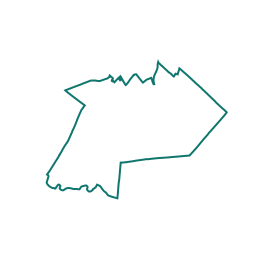 Branistea, Dâmbovita, Romania, rotated 156°
{"feature_id": "2599482B85968573592334", "entity_name": "Branistea", "entity_type": "district", "adm_level": 2, "iso_a3": "ROU", "parent_name": "Romania", "parent_adm1": "Dâmbovita", "projection": "albers", "projection_center": [25.57, 44.682], "detail": "fine", "context": "isolated", "style": "outline", "palette": "teal", "viewbox_px": 256, "rotation_deg": 156, "n_neighbors": 0, "source": "geoboundaries", "source_scale": "gbopen_adm2", "svg_char_len": 5471}
<svg xmlns="http://www.w3.org/2000/svg" viewBox="0 0 256 256"><g transform="rotate(156 128 128)"><path d="M170.0,187.9L169.9,187.6L168.5,184.8L167.5,182.9L166.1,180.3L164.9,178.0L164.6,177.5L163.9,176.3L162.6,173.9L161.3,171.5L159.7,168.8L159.4,168.2L158.3,166.2L159.6,165.5L160.9,164.8L161.1,164.5L161.4,164.4L161.8,164.2L162.9,163.6L163.5,163.2L163.9,162.8L164.0,162.7L165.5,161.4L167.6,159.5L170.9,156.4L172.4,154.8L173.1,154.2L175.5,151.8L176.3,151.1L177.3,150.2L179.4,148.4L179.9,148.1L180.2,147.6L181.9,146.0L182.1,145.9L183.7,144.4L185.1,143.2L186.5,141.9L188.0,140.6L188.7,140.1L189.2,139.8L191.3,138.5L193.8,136.9L195.8,135.4L196.5,135.0L198.5,133.3L199.7,132.6L200.4,132.1L201.3,131.5L201.2,131.4L201.4,131.3L204.2,129.3L205.6,128.3L207.5,127.1L209.1,126.0L212.4,123.8L215.2,121.9L217.5,120.4L218.2,120.0L220.5,118.7L220.9,118.4L220.7,118.2L220.2,117.3L220.2,116.4L220.8,115.5L222.6,113.5L223.4,112.5L224.2,111.7L224.5,111.2L224.6,110.7L224.6,110.2L224.4,109.0L223.8,107.3L223.2,106.2L222.2,104.7L221.3,103.9L219.8,103.0L219.4,102.3L218.7,102.3L217.3,103.3L215.3,104.4L214.2,104.5L213.7,103.7L213.3,102.7L213.6,102.1L214.5,101.4L214.9,100.6L214.8,99.6L214.1,98.5L213.0,97.6L212.3,97.4L211.5,97.5L210.5,97.8L209.1,97.9L207.9,97.8L207.2,97.6L206.2,97.0L205.2,96.5L204.2,95.8L203.2,94.9L202.1,94.2L200.7,93.5L199.9,93.3L199.3,93.0L198.4,92.3L197.5,91.8L197.0,91.8L196.2,92.4L195.2,93.0L194.4,93.4L193.1,93.3L191.5,93.0L190.2,92.8L189.4,92.3L189.0,91.4L188.9,90.6L189.3,90.0L190.4,88.7L190.4,87.7L190.0,86.8L189.7,86.2L189.2,85.6L188.4,85.4L187.5,85.3L186.3,85.5L185.6,85.8L185.1,86.0L184.9,86.3L184.6,86.5L184.3,86.5L184.0,86.4L183.8,86.4L183.5,86.6L183.1,86.7L182.6,86.8L181.9,86.9L181.6,87.0L179.3,88.8L178.3,87.7L177.2,86.5L176.8,85.1L176.4,83.1L176.0,81.2L175.4,79.6L174.5,78.2L174.1,76.7L173.8,75.1L172.9,73.8L171.8,72.8L169.8,71.0L168.0,69.5L166.3,68.1L163.7,72.7L161.6,76.6L159.9,79.7L158.3,82.5L157.2,84.1L149.4,98.2L148.7,99.4L148.4,99.3L147.9,99.0L147.3,98.7L146.0,98.3L144.0,97.7L143.1,97.3L142.5,97.2L140.3,96.6L138.3,96.0L137.6,95.8L136.8,95.6L136.0,95.4L134.1,95.0L133.8,94.9L130.2,93.8L128.7,93.4L125.6,92.5L124.0,92.1L122.6,91.5L122.4,91.3L120.6,90.8L113.4,88.5L113.2,88.4L105.2,85.5L105.0,85.4L97.1,82.7L91.1,80.6L88.1,79.6L82.9,77.8L82.4,78.1L78.0,80.0L73.5,82.0L63.5,87.0L58.2,89.4L56.7,90.2L56.3,90.5L53.9,91.5L51.8,92.5L49.7,93.4L49.3,93.6L45.2,95.5L44.1,96.0L42.3,96.8L39.7,98.0L39.1,98.3L35.3,100.1L34.3,100.6L31.6,102.0L31.4,102.2L31.6,102.8L31.8,103.3L32.1,103.8L32.7,105.4L33.7,107.4L34.7,109.7L35.3,111.1L36.1,113.0L36.6,114.1L36.7,114.4L36.9,114.7L37.0,115.0L37.3,115.9L37.4,116.1L37.4,116.3L37.5,116.7L37.9,117.8L38.0,118.0L38.9,120.1L39.1,120.5L39.4,121.3L39.5,121.5L39.9,122.5L40.0,122.8L40.1,123.0L40.2,123.3L40.3,123.6L40.5,124.0L40.6,124.3L41.0,125.2L41.1,125.5L41.5,126.4L41.9,127.7L42.3,128.4L42.6,129.1L42.7,129.3L42.8,129.5L43.0,130.3L43.2,130.8L43.4,131.3L43.7,131.8L43.9,132.1L44.0,132.4L44.1,132.7L44.4,133.5L44.5,133.9L44.8,134.7L45.2,135.7L45.3,135.8L46.1,137.6L46.6,138.8L47.0,139.5L47.7,141.1L48.5,143.0L48.6,143.3L49.0,144.3L49.1,144.5L49.3,144.8L49.3,145.0L49.6,145.6L49.7,145.8L49.8,146.0L49.9,146.4L49.9,146.5L50.0,146.7L50.6,148.0L51.1,149.3L51.8,150.8L52.5,152.3L52.6,152.5L52.9,153.3L53.3,154.0L53.6,154.9L54.0,155.5L54.3,156.3L54.7,157.0L55.5,158.9L56.5,161.1L56.8,161.6L57.4,160.8L57.5,160.6L58.3,159.7L58.7,159.3L59.0,158.9L59.4,158.4L59.7,158.2L60.8,156.8L61.0,157.0L61.5,157.3L62.4,158.3L62.5,158.3L63.9,157.3L64.9,156.5L65.2,156.4L65.8,157.5L66.1,158.4L66.6,159.7L66.7,160.2L67.2,160.9L67.8,162.0L68.1,162.2L68.5,163.2L68.8,164.0L69.1,164.8L69.4,165.6L69.8,166.3L70.0,166.8L70.2,167.3L70.4,167.7L70.6,168.2L70.9,168.9L71.0,169.2L71.1,169.5L71.4,169.9L71.6,170.4L71.6,170.8L71.7,171.1L72.1,171.6L72.3,172.0L72.5,172.5L72.6,172.9L72.7,173.2L72.9,173.5L73.1,174.2L73.4,174.8L73.5,175.1L73.6,175.6L73.6,176.0L74.5,174.9L75.4,173.4L76.2,171.6L77.4,169.9L79.1,168.3L79.6,167.9L80.1,167.4L80.6,167.0L81.1,166.5L81.6,166.1L81.8,165.9L82.2,165.6L82.5,165.3L82.9,164.9L83.2,164.6L83.6,164.1L84.0,163.6L84.3,163.1L84.4,162.8L84.7,162.4L85.0,161.7L85.3,161.2L85.5,160.5L85.7,159.8L85.9,159.1L86.1,158.5L86.2,157.4L86.4,157.4L86.8,157.6L86.8,159.6L86.6,161.4L86.5,162.5L86.5,164.4L89.7,164.5L91.3,164.6L95.9,163.4L96.4,164.8L97.1,167.6L98.0,171.1L98.2,172.2L98.7,173.8L99.8,174.1L100.4,174.1L101.1,173.8L101.3,174.1L106.1,171.6L106.3,171.5L107.3,170.9L108.0,170.4L109.2,169.7L110.1,169.2L110.8,168.9L111.1,168.7L111.5,168.5L111.9,168.4L112.3,168.2L112.6,168.1L112.7,168.3L112.8,168.8L112.9,169.1L113.0,169.6L113.0,170.1L113.1,170.6L113.1,171.2L113.2,171.8L113.3,172.4L113.4,173.0L113.4,173.4L113.5,173.4L113.6,173.7L113.4,173.7L113.5,174.3L113.5,174.7L113.5,174.9L113.6,175.2L113.6,175.6L113.8,175.6L115.8,174.8L116.0,175.7L116.0,176.2L116.2,176.5L113.8,177.4L113.9,178.0L113.9,178.3L114.2,178.2L115.3,177.9L116.5,177.5L118.1,176.9L120.4,175.9L121.1,175.6L121.8,175.3L122.3,176.9L122.5,176.8L122.8,176.6L123.0,176.8L123.2,177.0L123.4,177.2L123.6,177.5L123.5,177.8L123.5,178.0L123.3,178.3L122.9,178.4L122.6,178.5L122.4,178.6L122.1,178.9L121.7,179.4L121.7,180.2L122.0,180.7L122.5,181.1L122.7,181.4L122.8,181.9L122.8,182.4L123.0,182.9L123.3,183.4L124.8,182.0L126.9,181.7L132.3,182.2L134.9,182.4L138.3,184.4L138.4,184.6L140.7,185.6L142.2,186.3L143.2,186.5L147.3,186.7L150.3,186.9L154.1,187.0L156.9,187.2L160.5,187.4L164.0,187.6L168.1,187.8L169.9,187.9L170.0,187.9Z" fill="none" stroke="#0f766e" stroke-width="2"/></g></svg>